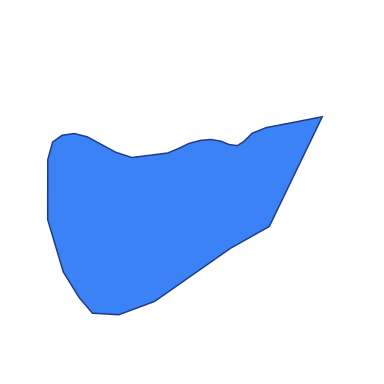 the border of Arima, rotated 72°
{"feature_id": "TTO-53", "entity_name": "Arima", "entity_type": "City", "adm_level": 1, "iso_a3": "TTO", "parent_name": "Trinidad and Tobago", "parent_adm1": "", "projection": "orthographic", "projection_center": [-61.284, 10.631], "detail": "fine", "context": "isolated", "style": "filled", "palette": "blue", "viewbox_px": 384, "rotation_deg": 72, "n_neighbors": 0, "source": "natural_earth", "source_scale": "10m", "svg_char_len": 503}
<svg xmlns="http://www.w3.org/2000/svg" viewBox="0 0 384 384"><g transform="rotate(72 192 192)"><path d="M160.7,44.9L248.6,129.1L257.4,172.8L284.5,261.5L286.1,299.6L276.5,324.1L257.7,331.9L228.4,339.1L173.7,337.8L116.7,319.2L101.4,309.1L97.9,298.0L100.0,285.9L107.2,274.5L130.6,252.3L140.6,238.6L147.4,203.1L146.5,191.7L144.9,179.9L145.5,168.2L147.8,158.1L152.7,148.6L158.3,142.1L161.9,134.6L159.9,126.8L154.7,116.7L153.7,101.3L160.7,44.9Z" fill="#3b82f6" stroke="#1e3a8a" stroke-width="1.5"/></g></svg>